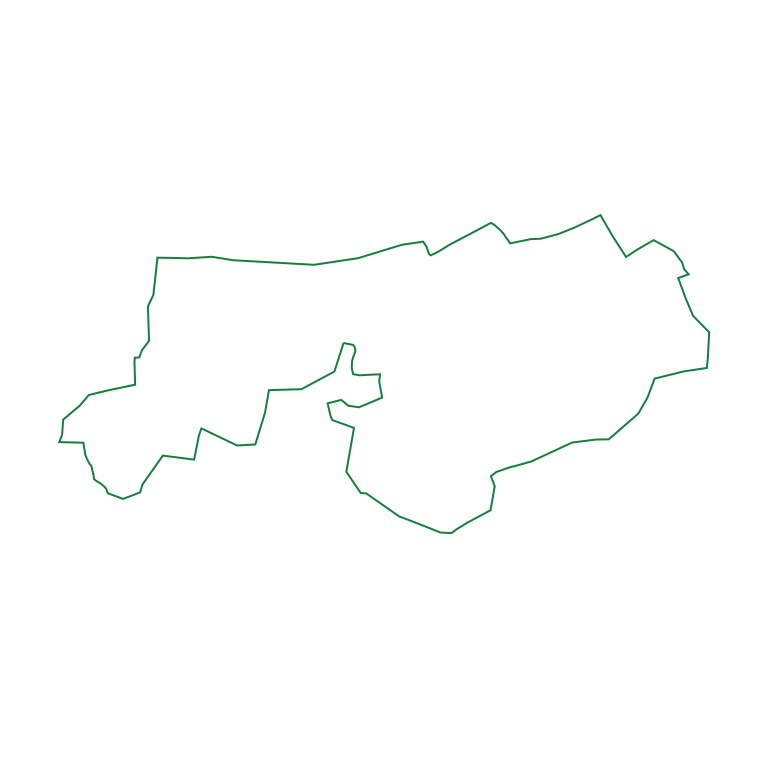 the district of Kazaure, Jigawa, Nigeria, rotated 176°
{"feature_id": "59680162B26576505992161", "entity_name": "Kazaure", "entity_type": "district", "adm_level": 2, "iso_a3": "NGA", "parent_name": "Nigeria", "parent_adm1": "Jigawa", "projection": "albers", "projection_center": [8.533, 12.668], "detail": "fine", "context": "isolated", "style": "outline", "palette": "green", "viewbox_px": 768, "rotation_deg": 176, "n_neighbors": 0, "source": "geoboundaries", "source_scale": "gbopen_adm2", "svg_char_len": 1702}
<svg xmlns="http://www.w3.org/2000/svg" viewBox="0 0 768 768"><g transform="rotate(176 384 384)"><path d="M56.0,412.9L70.9,430.4L76.9,447.8L83.1,469.2L72.5,472.2L76.5,477.5L78.2,484.5L85.8,496.4L105.0,508.7L122.4,500.2L133.7,493.8L146.1,516.5L156.3,537.4L167.0,533.0L182.9,526.8L199.8,521.4L217.4,518.0L227.4,518.3L248.5,515.5L250.2,518.8L252.2,521.7L254.2,525.5L257.7,529.9L262.8,535.0L266.0,537.3L309.0,518.3L321.6,511.7L328.5,509.1L330.1,510.7L332.1,518.1L335.0,523.3L356.6,521.6L401.2,511.3L421.5,509.7L445.4,507.8L525.9,518.0L546.9,522.9L571.3,523.1L585.7,524.5L601.2,525.8L607.8,489.1L614.1,477.8L615.1,450.6L615.4,443.4L623.1,434.6L626.3,427.5L628.6,427.6L630.7,427.7L631.4,423.6L632.3,400.7L660.6,396.8L679.2,393.6L689.3,383.4L706.5,370.9L708.7,355.5L712.0,348.7L688.0,346.4L686.9,334.2L685.6,330.2L683.4,325.0L681.6,322.6L680.9,318.1L680.3,314.6L679.8,309.1L677.1,306.9L673.7,304.6L669.7,300.6L668.4,298.7L667.2,294.3L652.3,287.6L634.8,292.9L631.8,300.8L609.6,328.0L578.7,321.8L572.2,345.7L569.2,352.4L534.8,332.9L516.6,332.7L504.7,363.7L499.2,385.9L466.7,384.6L432.6,399.9L421.4,427.9L421.4,427.7L412.0,425.1L410.9,423.5L410.2,420.7L410.4,418.3L412.7,413.3L414.2,409.2L415.1,402.2L414.1,396.0L407.9,394.4L387.3,394.0L388.6,387.0L386.8,370.6L410.6,362.5L421.3,364.9L427.7,371.1L441.6,368.7L439.5,355.6L438.1,351.6L417.0,342.3L427.7,299.0L414.8,276.9L409.4,276.1L377.9,250.7L367.3,245.9L337.9,231.9L327.1,230.6L321.9,233.9L311.1,239.6L286.5,250.7L280.7,274.3L283.8,284.5L278.1,288.4L263.4,292.4L259.6,292.9L242.6,296.4L200.4,312.5L176.3,313.8L163.7,313.1L132.3,336.8L122.0,352.2L113.7,370.5L84.4,375.6L60.8,377.5L59.2,386.9L56.0,412.9Z" fill="none" stroke="#15803d" stroke-width="2"/></g></svg>